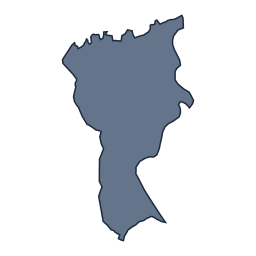 the district of Afikpo North, Ebonyi, Nigeria
{"feature_id": "59680162B68024378624756", "entity_name": "Afikpo North", "entity_type": "district", "adm_level": 2, "iso_a3": "NGA", "parent_name": "Nigeria", "parent_adm1": "Ebonyi", "projection": "natural_earth1", "projection_center": [7.923, 5.873], "detail": "fine", "context": "isolated", "style": "filled", "palette": "slate", "viewbox_px": 256, "rotation_deg": 0, "n_neighbors": 0, "source": "geoboundaries", "source_scale": "gbopen_adm2", "svg_char_len": 2382}
<svg xmlns="http://www.w3.org/2000/svg" viewBox="0 0 256 256"><path d="M165.5,222.4L160.9,215.8L157.7,210.9L151.0,200.6L146.0,192.7L144.0,189.3L137.1,175.9L135.9,174.1L136.0,169.8L136.0,169.4L136.0,168.4L136.0,167.2L138.1,164.0L139.9,161.3L145.3,158.2L149.7,156.8L153.6,157.0L156.9,154.8L159.3,148.5L160.1,144.3L161.4,138.8L162.7,131.8L164.5,127.9L164.9,126.9L168.6,123.5L172.6,121.5L175.1,119.8L179.1,116.9L180.4,113.1L180.4,109.8L180.0,107.7L178.5,104.4L180.3,101.8L182.5,102.0L186.1,104.0L189.5,107.8L190.4,106.6L192.6,103.6L193.5,100.5L190.9,95.3L189.2,92.2L188.3,91.7L183.8,89.0L181.5,87.1L177.7,83.8L176.3,81.7L175.0,79.6L175.1,76.5L175.1,71.4L176.9,68.3L180.5,65.2L179.6,60.0L177.0,54.8L176.5,53.8L174.3,49.6L172.6,44.4L172.6,40.3L173.5,36.1L178.0,30.0L183.4,27.9L183.0,18.3L182.4,16.6L181.8,15.4L176.2,18.5L173.5,19.5L170.8,19.6L167.4,20.6L165.4,22.2L164.3,22.2L160.0,24.2L156.8,20.1L155.3,20.8L154.9,23.7L153.7,24.7L151.3,24.6L150.2,25.3L150.3,29.1L148.3,32.1L147.0,32.8L143.8,35.0L139.6,36.1L136.9,37.1L134.6,37.7L132.9,34.4L132.1,30.8L127.5,29.9L126.4,31.8L125.1,33.8L121.9,35.6L121.1,41.1L115.0,40.5L112.8,40.7L112.0,35.8L106.6,35.1L105.6,34.6L107.1,31.7L103.8,32.0L103.6,35.1L103.1,38.0L100.5,39.6L99.7,38.3L99.5,36.9L99.0,35.0L97.9,34.4L95.7,34.8L93.1,34.2L91.5,35.6L90.7,37.3L91.4,41.4L91.3,42.9L89.5,44.3L88.3,42.6L87.8,41.7L87.8,40.3L86.6,39.0L86.2,39.8L85.6,41.7L84.7,42.7L83.8,44.6L82.6,46.1L81.7,46.7L79.8,47.8L78.1,48.6L77.7,47.0L76.9,45.9L75.5,45.7L74.9,44.7L74.8,43.2L74.5,42.7L72.0,45.0L62.5,59.6L62.9,63.3L70.0,71.0L73.0,74.2L76.6,79.2L76.5,81.0L75.4,82.6L75.3,85.2L75.7,87.5L75.3,89.3L74.4,92.6L73.5,96.8L74.5,101.4L76.3,104.6L78.3,107.1L82.4,116.6L87.2,124.5L88.3,124.8L90.6,126.1L93.9,128.4L95.1,129.4L95.7,129.8L96.2,130.0L99.0,130.6L99.6,130.8L100.5,131.2L101.1,131.6L99.8,136.8L100.9,142.2L101.7,144.8L103.6,148.6L99.5,159.3L99.3,181.2L102.1,187.0L100.4,191.0L98.7,196.4L101.0,209.0L102.1,215.4L103.2,221.3L105.1,223.2L106.8,224.6L109.6,227.9L111.1,229.8L112.1,230.1L113.3,230.3L114.4,231.4L115.4,232.4L117.8,233.9L119.7,234.8L118.4,238.6L120.7,239.8L122.1,240.3L123.5,240.6L123.7,239.4L124.4,236.2L127.0,232.0L127.9,230.0L131.1,227.7L132.3,226.8L133.3,226.3L135.9,224.7L139.4,221.6L143.8,220.5L146.5,218.5L149.2,217.4L150.9,216.4L153.7,217.2L157.2,219.4L158.2,219.9L161.6,221.5L165.5,222.4Z" fill="#64748b" stroke="#1e293b" stroke-width="1.5"/></svg>